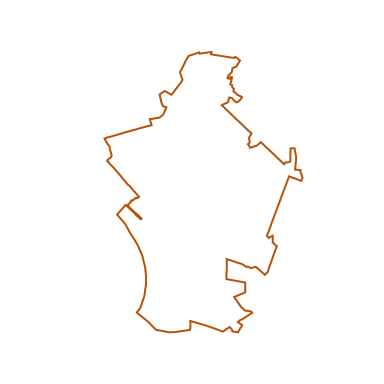 the district of Lielvārdes pag., Lielvardes, Latvia, rotated 22°
{"feature_id": "27541924B7752725645610", "entity_name": "Lielvārdes pag.", "entity_type": "district", "adm_level": 2, "iso_a3": "LVA", "parent_name": "Latvia", "parent_adm1": "Lielvardes", "projection": "mercator", "projection_center": [24.888, 56.721], "detail": "fine", "context": "isolated", "style": "outline", "palette": "amber", "viewbox_px": 384, "rotation_deg": 22, "n_neighbors": 0, "source": "geoboundaries", "source_scale": "gbopen_adm2", "svg_char_len": 5592}
<svg xmlns="http://www.w3.org/2000/svg" viewBox="0 0 384 384"><g transform="rotate(22 192 192)"><path d="M91.9,174.4L90.9,175.2L91.1,175.4L91.5,175.6L92.4,176.5L93.3,177.2L94.0,177.8L94.5,178.2L94.8,178.4L95.1,178.6L95.6,179.1L96.3,179.4L96.8,179.7L97.9,180.2L98.3,180.6L99.3,182.2L100.1,183.4L100.7,184.1L101.2,184.7L103.5,187.8L103.9,188.5L103.9,189.0L103.9,190.0L103.3,191.2L102.2,192.8L101.7,194.1L101.8,194.7L101.9,195.3L103.4,195.3L103.5,195.7L104.0,196.0L107.1,197.5L109.8,198.7L112.3,199.9L116.8,202.2L118.7,203.2L121.6,204.8L123.1,205.6L124.6,206.4L126.1,207.2L127.6,208.0L129.7,209.1L130.5,209.5L131.5,209.5L131.9,209.7L137.6,212.8L140.9,214.4L144.7,216.3L144.4,216.8L143.7,218.0L143.4,218.4L142.8,218.1L142.2,218.6L141.8,218.9L141.7,219.0L141.5,219.8L141.3,220.2L140.9,220.5L140.7,221.1L140.5,221.6L140.3,222.0L139.2,222.3L138.7,223.3L138.9,223.6L139.1,224.1L138.9,224.4L138.7,224.7L138.7,225.0L138.6,225.4L138.3,225.8L138.0,226.5L137.6,227.1L137.7,227.3L137.7,227.6L137.8,228.2L137.5,228.3L137.3,228.5L137.2,228.6L148.5,233.1L148.6,232.9L151.4,234.0L154.2,235.1L155.0,235.4L155.2,235.5L154.7,236.5L148.6,234.2L148.8,234.0L142.4,231.5L136.2,229.1L135.8,228.8L135.3,228.8L131.0,241.0L142.1,246.7L145.8,249.6L149.7,252.9L153.3,255.5L156.4,257.6L160.9,261.1L163.8,263.8L169.9,269.8L172.0,272.8L176.7,279.3L181.1,287.6L183.9,294.7L186.7,306.0L186.9,307.9L187.1,312.0L187.3,315.3L187.4,317.5L187.3,319.4L187.1,320.8L186.2,322.8L186.0,324.5L186.5,324.7L196.5,327.7L200.5,329.0L201.4,329.2L202.9,330.1L204.9,330.9L205.1,331.0L205.8,331.3L209.4,332.9L210.1,333.2L210.3,333.3L214.9,332.3L217.7,331.7L220.5,331.2L223.3,330.7L226.2,329.4L229.8,327.8L230.1,327.4L230.7,327.0L234.3,325.0L238.1,322.8L241.9,320.5L241.8,320.2L241.3,318.6L241.0,317.6L240.7,316.7L239.7,314.4L238.8,312.3L239.0,312.2L239.7,312.1L240.2,312.1L242.5,311.9L244.7,311.6L246.6,311.4L249.4,311.2L252.1,310.9L255.0,310.6L257.8,310.4L258.7,310.4L262.1,310.2L265.4,310.1L269.1,310.0L272.9,309.9L275.1,306.5L277.4,303.2L279.4,303.9L280.5,304.6L281.7,306.1L287.4,304.8L287.4,302.9L288.5,296.7L283.2,295.4L283.6,294.6L284.1,293.5L285.1,292.3L286.2,291.2L290.9,284.5L292.5,282.2L293.1,281.6L291.7,280.6L288.3,281.4L285.6,282.0L285.6,281.9L281.3,280.6L275.6,277.0L270.4,273.6L274.4,269.6L274.5,269.5L279.0,265.2L275.3,256.0L275.1,256.1L273.5,256.4L273.3,256.4L266.0,257.9L256.5,259.8L255.2,256.6L254.2,253.8L254.0,253.3L253.9,252.8L253.9,252.4L253.7,251.9L252.1,247.8L251.0,245.1L250.1,242.9L249.7,242.0L249.5,241.4L249.4,241.3L249.9,241.2L251.5,241.1L252.9,240.9L254.5,240.8L255.4,240.8L255.7,240.8L257.4,240.7L260.7,240.5L261.8,240.4L263.2,240.3L265.4,240.0L266.5,240.3L270.7,241.1L271.5,240.4L271.8,240.2L274.5,240.6L275.1,240.5L277.2,238.9L278.4,238.1L279.0,237.6L279.3,237.5L281.3,238.2L288.1,240.6L290.4,241.3L290.5,241.4L292.1,238.1L291.7,232.1L291.7,231.9L291.6,226.9L291.5,225.8L291.3,222.2L291.1,216.9L290.9,210.5L290.9,210.4L290.3,210.5L288.7,209.8L286.5,208.7L286.2,208.6L285.8,208.7L285.8,208.3L285.6,207.9L283.7,203.4L283.3,202.5L283.1,202.3L280.4,205.8L280.3,205.7L277.9,204.7L277.7,196.8L277.3,185.4L277.0,174.3L276.9,168.6L276.7,163.3L276.4,152.2L276.2,141.1L276.6,141.1L283.7,140.9L288.4,140.8L289.2,140.7L289.1,140.4L289.2,137.4L284.9,132.5L284.4,131.0L279.2,132.6L275.9,121.3L273.1,116.8L270.6,113.0L267.0,114.7L271.7,126.7L270.3,128.3L267.3,129.8L267.0,131.8L265.4,131.1L264.1,130.6L260.7,129.2L259.3,128.8L258.0,128.2L256.6,127.7L255.4,127.0L252.3,125.9L250.3,125.1L244.1,122.7L242.1,122.0L239.0,120.7L237.1,120.0L236.1,122.0L235.2,123.9L234.8,124.6L232.7,126.4L231.2,127.7L229.2,129.3L228.6,128.6L227.6,127.7L226.6,127.0L226.4,126.9L225.9,126.7L226.3,126.0L226.6,125.4L227.0,124.6L225.5,122.0L224.6,120.5L224.6,120.2L224.7,119.2L225.2,115.5L225.2,115.4L222.9,114.5L220.5,113.7L220.2,113.5L216.3,112.0L216.2,111.9L213.4,110.8L210.3,109.6L207.8,108.6L207.7,108.6L206.9,108.4L205.7,107.9L204.7,107.4L197.8,104.6L193.9,103.1L191.3,102.1L189.5,101.3L188.0,100.7L187.1,100.4L188.9,98.3L190.1,97.1L191.1,96.0L191.6,95.5L191.7,95.4L191.5,94.1L191.3,92.1L191.1,90.4L194.2,90.0L197.4,91.8L199.9,92.2L201.8,89.6L202.9,85.5L202.6,85.2L199.9,85.0L197.3,84.8L195.2,83.7L192.7,83.2L192.3,80.9L189.8,79.4L189.6,79.3L189.2,77.9L187.2,77.9L186.5,72.6L186.3,70.7L184.6,70.9L184.7,72.8L182.4,73.2L182.1,70.2L183.9,66.2L184.0,66.1L183.8,64.9L183.4,63.3L183.1,62.2L183.8,61.4L186.0,59.4L186.4,57.7L186.9,54.2L187.3,52.2L184.8,51.3L183.1,50.7L181.4,50.6L181.4,50.8L181.2,51.1L180.6,52.0L179.7,52.2L173.6,53.7L165.5,55.5L158.0,57.2L157.6,54.9L147.3,60.8L146.4,59.9L137.9,67.1L136.9,73.5L137.0,74.5L136.7,78.0L136.6,79.4L136.5,81.2L136.0,85.4L136.1,85.6L137.2,86.9L138.2,88.0L139.3,89.4L141.2,91.5L141.1,92.8L140.7,94.6L140.0,97.4L139.8,97.8L139.7,98.2L139.4,99.1L139.2,99.7L139.1,100.1L138.9,101.0L138.4,103.0L137.5,106.1L136.6,109.5L136.3,109.5L135.0,109.3L133.6,109.2L131.0,108.8L129.4,108.7L129.1,108.6L128.7,108.8L127.8,110.2L127.2,111.1L125.4,113.7L125.5,113.9L127.4,116.5L130.3,120.7L132.2,122.6L133.4,123.2L133.4,123.3L134.5,123.2L136.5,123.1L136.5,123.3L136.5,123.9L136.6,124.3L136.4,125.2L136.4,125.5L136.5,125.5L136.3,131.1L134.0,135.2L131.8,136.6L131.6,136.6L130.2,137.5L129.1,138.2L126.7,139.6L125.9,140.1L125.6,140.1L125.6,140.3L129.3,145.0L129.5,145.2L124.7,148.7L123.9,149.3L119.7,152.5L116.0,155.4L115.4,155.9L114.7,156.4L113.8,157.1L113.4,157.4L113.3,157.5L111.7,158.7L109.8,160.2L109.5,160.4L108.9,160.7L106.9,162.3L106.1,163.1L105.3,163.7L102.9,165.6L102.6,165.8L101.9,166.4L100.7,167.4L99.4,168.4L96.3,170.8L94.2,172.4L93.7,172.7L92.1,174.0L91.9,174.4Z" fill="none" stroke="#b45309" stroke-width="2"/></g></svg>